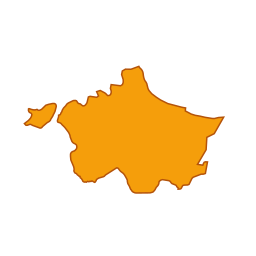 map outline of Valencia (Natural Earth projection), rotated 310°
{"feature_id": "ESP-5849", "entity_name": "Valencia", "entity_type": "Autonomous Community", "adm_level": 1, "iso_a3": "ESP", "parent_name": "Spain", "parent_adm1": "", "projection": "natural_earth1", "projection_center": [-1.049, 39.449], "detail": "fine", "context": "isolated", "style": "filled", "palette": "amber", "viewbox_px": 256, "rotation_deg": 310, "n_neighbors": 0, "source": "natural_earth", "source_scale": "10m", "svg_char_len": 3569}
<svg xmlns="http://www.w3.org/2000/svg" viewBox="0 0 256 256"><g transform="rotate(310 128 128)"><path d="M182.2,96.7L181.7,97.9L181.5,100.7L180.8,102.7L179.8,104.2L177.6,106.6L176.3,108.3L175.2,110.3L174.7,112.3L174.1,113.8L171.1,117.9L170.2,120.0L169.5,124.2L169.8,130.0L170.4,135.0L172.3,142.8L178.2,155.3L179.2,157.2L180.4,159.2L179.2,160.0L177.9,161.0L178.4,163.2L179.3,167.4L180.9,171.3L183.4,175.6L185.8,180.3L189.4,186.3L190.7,188.0L194.3,190.7L197.8,194.3L179.1,197.7L171.5,194.4L161.6,201.8L144.8,204.6L147.6,209.2L149.4,208.6L150.7,208.4L151.8,209.0L153.1,210.7L142.9,216.5L141.2,215.5L139.6,213.7L132.2,209.6L130.5,209.4L124.0,211.0L122.7,210.3L120.2,207.6L119.3,207.0L118.4,207.0L116.4,207.5L115.4,207.5L114.7,207.1L113.3,205.7L114.3,205.0L114.4,203.0L114.8,202.4L115.0,201.7L114.9,201.1L113.7,197.5L113.7,196.6L114.1,194.8L114.2,193.9L113.7,192.8L110.6,187.6L109.5,186.8L108.5,186.5L107.6,186.3L106.9,186.3L106.4,186.6L104.9,187.5L103.2,187.9L100.6,187.8L98.0,188.4L95.4,188.4L94.2,187.8L92.5,186.6L83.5,176.1L82.8,175.0L82.2,173.1L82.2,171.9L82.4,170.9L82.7,170.1L82.8,169.3L83.2,168.5L84.1,166.8L84.5,165.9L85.1,164.1L85.5,163.3L86.6,161.9L87.3,161.3L87.8,160.6L88.6,158.8L88.9,158.0L89.3,156.9L89.5,156.3L89.8,155.5L90.0,154.7L90.2,153.0L90.1,152.1L90.1,151.2L90.0,150.3L90.3,148.5L90.5,147.6L90.8,146.7L90.7,145.8L90.1,144.9L77.7,141.0L76.7,140.9L75.9,140.9L74.9,140.5L70.7,137.7L68.7,137.1L67.8,137.1L67.3,137.4L66.8,137.5L66.0,137.5L65.4,137.6L65.0,137.5L64.7,136.7L64.6,136.0L64.5,135.3L64.4,134.8L64.1,134.3L63.2,134.0L62.9,133.5L62.8,133.1L62.1,132.9L61.6,132.5L61.4,131.8L61.1,131.3L59.8,131.0L59.3,130.1L58.9,129.8L58.5,129.3L58.3,128.8L58.2,128.2L58.2,127.6L58.7,126.7L59.3,124.7L59.2,123.5L59.4,123.0L59.8,122.6L60.1,122.4L60.0,122.1L59.9,122.0L59.8,121.9L59.6,121.4L59.7,120.4L59.6,119.8L59.6,119.2L59.7,118.7L59.9,118.0L59.9,117.8L59.9,117.7L59.8,117.3L59.6,116.9L59.5,116.6L59.5,116.1L59.6,115.7L60.1,114.5L60.5,114.0L61.3,113.6L62.3,112.7L63.4,111.3L66.7,104.9L67.3,104.2L69.4,102.1L71.1,100.7L71.9,100.4L72.8,100.3L73.6,100.4L75.2,101.1L75.9,101.6L76.8,101.8L78.5,101.9L79.4,101.7L80.2,101.3L80.9,100.7L81.5,100.0L81.9,99.2L81.9,98.1L81.5,96.3L81.4,95.4L81.5,94.5L81.8,93.4L83.9,89.6L85.0,88.3L85.6,87.2L86.4,85.4L87.8,79.3L88.0,77.4L88.1,75.6L88.4,73.8L88.3,72.9L88.1,72.2L87.6,71.1L87.4,70.5L87.7,69.8L88.4,69.1L92.0,67.6L93.2,66.6L94.7,67.5L96.8,66.9L97.7,66.9L99.4,66.2L101.8,65.8L105.1,66.0L106.7,65.8L107.8,65.9L109.3,66.4L113.9,68.5L115.3,70.0L115.7,71.0L115.5,71.9L115.2,72.7L115.0,73.5L115.0,74.3L115.3,75.0L115.7,75.6L115.8,76.4L115.8,77.3L115.8,78.2L115.9,79.1L116.4,79.8L117.2,80.3L118.2,80.6L119.9,80.5L121.1,80.3L126.3,77.7L127.9,78.6L131.4,84.3L133.6,84.8L135.7,80.6L138.9,82.6L140.0,87.7L140.0,89.5L139.8,90.7L139.8,91.7L141.0,92.8L142.4,93.1L144.1,92.5L145.5,91.4L147.0,89.1L150.4,87.2L155.6,95.2L157.7,95.8L159.9,95.0L162.0,93.2L164.8,88.8L168.0,87.0L171.4,88.2L174.9,92.5L182.2,96.7ZM78.7,39.5L79.2,39.7L79.5,40.3L80.1,41.9L80.9,43.5L81.4,44.3L82.0,45.0L82.6,45.6L83.3,46.0L83.8,46.4L83.8,46.9L83.8,47.5L84.1,48.2L84.8,48.9L86.7,49.8L92.6,50.4L95.0,51.9L98.1,54.3L99.3,55.6L99.6,56.4L99.7,57.2L99.4,58.0L98.9,58.7L98.2,59.3L93.8,61.4L91.5,62.0L89.9,62.3L89.3,62.6L87.5,62.9L85.9,63.1L84.9,63.2L84.8,63.3L84.0,63.6L82.5,63.5L80.0,62.6L74.1,61.6L73.1,61.7L72.2,61.4L71.4,60.7L68.7,53.3L68.4,51.9L68.2,51.1L67.8,50.5L65.5,49.2L64.9,48.6L64.5,48.0L64.8,45.8L69.8,46.9L72.7,47.0L74.7,46.6L76.4,45.8L76.9,45.0L77.0,44.1L76.6,42.4L76.9,41.4L77.4,40.5L78.7,39.5Z" fill="#f59e0b" stroke="#b45309" stroke-width="1.5"/></g></svg>